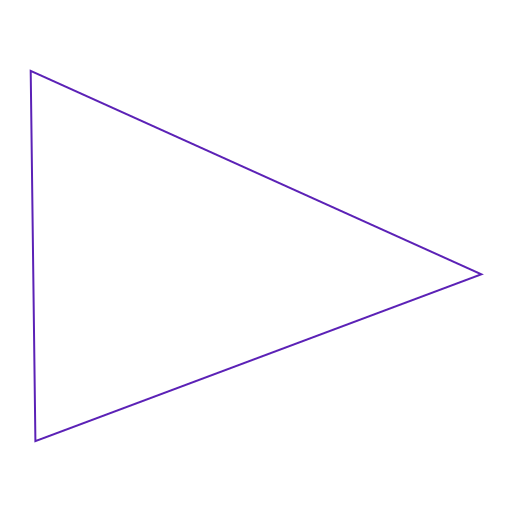 the state/province of Anabar
{"feature_id": "NRU-4979", "entity_name": "Anabar", "entity_type": "state/province", "adm_level": 1, "iso_a3": "NRU", "parent_name": "Nauru", "parent_adm1": "", "projection": "orthographic", "projection_center": [166.943, -0.497], "detail": "fine", "context": "isolated", "style": "outline", "palette": "violet", "viewbox_px": 512, "rotation_deg": 0, "n_neighbors": 0, "source": "natural_earth", "source_scale": "10m", "svg_char_len": 170}
<svg xmlns="http://www.w3.org/2000/svg" viewBox="0 0 512 512"><path d="M30.7,70.9L481.3,274.3L35.4,441.1L30.7,70.9Z" fill="none" stroke="#5b21b6" stroke-width="2"/></svg>